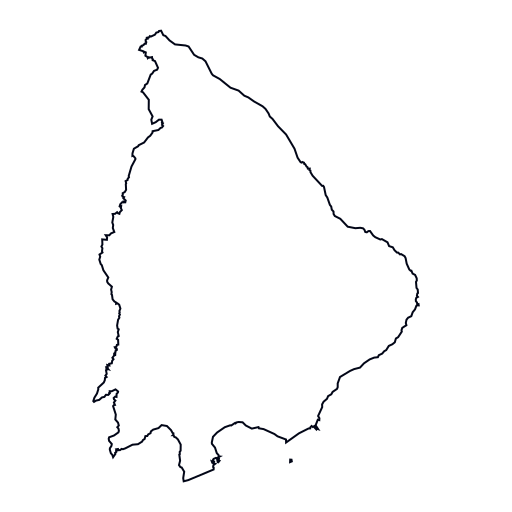 outline of Karang Asem, Bali, Indonesia
{"feature_id": "22746128B60715781377305", "entity_name": "Karang Asem", "entity_type": "district", "adm_level": 2, "iso_a3": "IDN", "parent_name": "Indonesia", "parent_adm1": "Bali", "projection": "natural_earth1", "projection_center": [115.49, -8.359], "detail": "fine", "context": "isolated", "style": "outline", "palette": "ink", "viewbox_px": 512, "rotation_deg": 0, "n_neighbors": 0, "source": "geoboundaries", "source_scale": "gbopen_adm2", "svg_char_len": 6054}
<svg xmlns="http://www.w3.org/2000/svg" viewBox="0 0 512 512"><path d="M105.0,377.9L104.8,380.2L103.8,382.5L98.2,387.7L98.3,389.3L97.0,393.5L94.4,397.7L93.3,401.1L94.0,401.9L96.0,400.6L99.2,399.9L102.0,397.4L104.4,396.9L105.9,394.8L108.3,394.9L109.2,394.0L109.1,393.2L109.8,393.1L109.7,391.2L111.6,391.3L115.5,389.4L118.1,391.5L117.9,392.5L116.6,393.9L116.5,396.9L115.2,396.6L113.7,398.0L114.0,399.3L115.4,400.6L113.9,402.5L114.9,404.9L114.0,405.0L113.1,406.1L115.8,414.6L115.3,419.5L118.0,422.6L118.8,425.5L117.3,427.2L118.5,428.6L118.9,430.9L118.4,432.4L114.0,435.5L109.1,437.3L108.7,438.8L109.1,440.9L111.8,444.0L111.4,446.0L109.9,448.2L109.8,449.6L110.9,453.3L112.3,454.8L113.1,457.2L115.4,453.9L115.1,452.9L116.3,451.9L116.1,450.9L116.8,450.6L116.2,449.3L118.0,449.0L118.4,450.2L120.1,450.1L121.6,448.9L122.9,449.2L125.2,448.4L132.5,444.7L138.0,444.2L142.1,441.6L142.9,440.1L144.6,439.0L145.4,436.1L147.3,436.0L148.2,434.4L150.5,433.2L150.9,431.4L153.2,429.6L158.5,428.1L161.6,425.1L166.9,426.0L171.0,430.1L172.6,433.0L173.4,433.3L173.4,434.7L172.9,435.2L173.6,435.2L174.3,436.9L175.8,437.4L177.9,439.4L180.7,444.6L180.6,450.7L179.7,451.9L179.8,454.2L179.3,454.6L180.1,460.7L179.0,465.1L180.4,467.1L181.7,467.5L184.2,471.7L183.2,478.1L183.7,481.3L188.3,480.1L213.6,469.5L213.7,467.7L213.1,467.0L213.4,465.1L215.2,463.8L212.3,462.8L211.9,461.7L213.7,462.8L214.1,461.5L212.5,460.7L213.6,458.9L215.9,457.9L216.9,458.1L217.7,462.1L218.3,462.3L219.4,460.9L218.6,460.7L219.0,458.6L218.2,457.3L219.7,456.5L218.8,456.4L218.5,455.0L216.8,453.2L215.0,447.6L211.9,443.8L211.8,442.4L213.0,436.8L217.1,432.5L224.8,427.2L230.2,425.3L231.2,425.5L235.1,422.9L235.6,423.4L236.6,422.4L238.7,422.0L242.6,422.3L245.8,425.5L251.8,428.6L258.5,427.1L258.9,428.3L263.6,429.1L274.4,434.0L277.5,436.3L286.0,439.5L286.1,442.5L299.0,433.3L308.5,428.5L310.2,428.4L310.3,427.4L311.6,426.0L312.8,427.0L314.1,426.2L314.6,427.6L316.4,429.5L316.9,428.7L318.1,429.1L315.6,425.3L317.8,419.7L319.3,420.1L319.4,418.2L318.1,416.0L322.2,407.1L322.1,404.4L323.6,401.7L327.0,398.8L328.1,396.1L331.3,394.3L332.6,391.9L337.0,388.9L337.7,387.2L337.7,383.4L340.0,377.0L350.1,370.9L354.1,369.1L360.0,367.6L364.0,363.3L369.7,359.4L374.2,357.6L377.9,357.2L378.8,355.2L382.2,353.6L384.2,351.2L386.2,350.1L388.8,345.9L392.3,344.3L394.8,342.3L395.9,338.5L398.1,337.2L401.8,331.6L401.5,330.2L402.3,327.8L406.4,325.2L405.8,323.0L406.5,319.7L408.1,317.7L411.3,316.2L412.7,312.2L415.0,309.4L416.4,305.7L417.3,305.0L417.0,302.5L415.9,301.2L415.8,299.4L416.3,297.8L417.9,296.9L416.9,295.8L417.3,293.5L418.0,293.0L417.7,289.5L416.5,287.9L416.0,281.9L416.8,280.5L416.7,278.3L415.1,274.9L412.6,273.6L411.4,270.7L410.7,270.8L409.3,269.5L406.7,263.7L405.6,258.1L404.6,256.2L401.1,254.1L400.0,254.4L398.2,252.6L397.0,252.6L394.5,250.2L392.8,247.3L389.1,246.1L387.5,242.3L381.9,239.1L380.3,239.5L375.3,237.2L373.2,235.5L370.0,231.0L368.4,231.1L366.8,232.3L365.3,232.0L364.4,229.7L363.0,228.3L360.2,227.8L355.4,228.2L347.7,226.7L340.3,218.8L334.8,216.0L333.6,214.0L333.5,211.5L331.8,209.7L331.2,206.5L329.9,204.9L327.3,197.5L325.7,195.1L324.0,187.0L323.2,185.8L322.1,185.9L312.6,175.7L310.5,172.2L310.4,170.6L309.4,170.0L309.7,168.6L307.8,168.6L307.5,167.2L306.5,166.5L305.2,164.2L304.3,164.0L304.0,162.7L302.3,162.0L301.7,162.6L300.6,162.2L297.6,157.7L294.5,148.7L286.1,134.5L278.0,126.2L272.5,118.9L269.8,116.5L268.6,113.5L265.5,108.9L262.6,106.3L254.1,101.5L248.3,97.4L244.3,95.7L238.6,90.6L230.5,87.7L219.7,79.0L213.0,75.3L211.7,73.7L205.5,61.3L202.3,58.5L198.3,57.3L194.1,54.8L188.6,46.5L185.6,45.5L175.0,44.4L169.5,40.4L165.5,36.0L163.3,35.2L161.1,30.7L159.0,31.0L158.4,32.1L156.3,32.6L154.9,34.7L150.8,36.6L149.9,36.1L148.6,37.7L147.6,37.6L147.6,38.5L146.7,38.2L146.6,39.1L145.6,40.0L145.7,41.3L146.3,42.1L145.8,43.8L144.7,43.6L143.5,45.1L141.8,45.7L141.8,46.5L140.6,46.6L139.1,49.9L143.4,51.3L143.8,52.4L144.6,51.9L145.8,52.4L145.4,55.7L147.6,57.1L147.8,58.1L148.8,57.3L149.1,57.7L152.0,57.1L152.2,58.7L152.9,59.3L152.7,60.2L155.0,61.1L158.0,67.8L157.1,69.7L154.0,70.9L152.2,73.6L150.7,74.6L147.3,83.5L145.0,85.0L144.5,87.4L142.4,89.7L141.5,91.6L143.0,92.3L148.8,99.8L148.7,109.2L152.6,116.4L151.3,119.7L152.1,123.8L155.7,122.2L158.9,119.7L161.6,119.7L162.4,122.1L161.9,122.4L162.1,123.3L162.8,123.5L162.0,124.9L163.1,126.0L161.9,127.5L160.6,127.9L158.4,130.0L152.6,131.2L152.5,132.6L150.2,135.8L148.0,137.4L144.1,142.5L138.7,145.2L138.2,146.2L133.9,148.7L132.5,153.3L132.4,155.9L132.9,155.7L133.9,156.5L135.4,158.4L135.4,159.2L131.5,166.5L128.7,176.0L129.0,177.2L127.7,178.8L127.6,180.0L125.6,181.1L126.2,183.3L125.8,184.1L126.1,189.8L124.8,192.0L122.7,193.2L122.8,194.9L122.2,195.7L122.6,196.6L124.1,197.1L123.4,198.3L125.7,200.5L125.3,202.2L123.6,201.6L123.6,202.4L122.2,202.2L120.3,204.2L119.6,206.4L120.3,206.9L121.1,206.4L120.9,208.2L121.8,210.1L119.8,212.2L119.4,213.8L118.0,213.3L117.1,212.2L115.1,213.8L112.6,214.0L113.3,216.9L112.3,222.5L113.2,225.0L112.8,228.0L114.3,232.0L111.0,233.4L109.3,235.3L105.7,235.2L107.1,237.4L106.9,239.8L102.2,239.4L102.4,244.6L101.4,246.5L102.4,248.2L102.0,251.3L102.5,252.5L99.5,254.5L100.2,256.7L99.3,259.6L100.7,264.0L101.8,265.2L103.4,270.3L108.3,277.5L107.1,280.3L107.2,281.8L108.2,283.4L111.9,286.7L111.1,289.6L111.7,292.1L111.4,294.2L112.0,294.9L112.6,299.3L114.4,301.5L116.1,302.5L116.1,303.8L117.4,303.3L119.2,304.7L120.4,308.6L119.4,311.0L119.7,312.4L119.2,313.3L119.9,314.6L119.0,316.2L119.4,317.7L118.1,319.7L117.1,325.5L117.6,328.6L118.7,329.3L117.8,332.1L118.7,336.0L117.8,336.4L116.7,338.8L118.1,339.8L118.3,344.6L116.9,344.9L116.3,346.9L114.8,347.2L115.6,348.7L116.8,349.0L116.9,349.9L115.4,351.1L115.4,352.4L114.5,353.2L115.3,353.8L115.2,355.0L114.1,354.8L114.0,355.7L112.4,357.8L113.5,359.2L112.2,360.7L111.8,363.3L109.2,363.8L109.4,365.5L107.3,365.0L107.7,366.9L106.6,367.1L108.2,369.1L106.4,368.5L106.6,370.0L106.0,370.3L106.7,373.9L105.4,375.6L106.6,377.0L105.0,377.9ZM291.5,459.7L290.2,459.6L290.1,462.1L291.8,461.4L291.5,459.7ZM418.7,305.4L418.5,304.1L417.6,304.4L417.9,305.4L418.7,305.4Z" fill="none" stroke="#020617" stroke-width="2"/></svg>